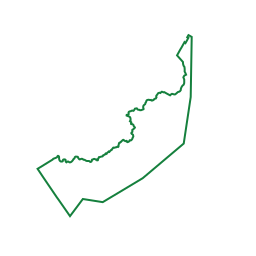 Nueva Palmira, Soriano, Uruguay (Robinson projection), rotated 332°
{"feature_id": "84410073B44651459787154", "entity_name": "Nueva Palmira", "entity_type": "district", "adm_level": 2, "iso_a3": "URY", "parent_name": "Uruguay", "parent_adm1": "Soriano", "projection": "robinson", "projection_center": [-58.359, -33.846], "detail": "fine", "context": "isolated", "style": "outline", "palette": "green", "viewbox_px": 256, "rotation_deg": 332, "n_neighbors": 0, "source": "geoboundaries", "source_scale": "gbopen_adm2", "svg_char_len": 4948}
<svg xmlns="http://www.w3.org/2000/svg" viewBox="0 0 256 256"><g transform="rotate(332 128 128)"><path d="M35.4,178.6L54.8,169.5L70.9,181.6L117.5,179.2L169.9,167.9L197.9,130.1L227.0,77.5L225.7,75.4L225.0,74.4L224.0,75.0L222.9,75.7L223.6,76.8L222.6,77.4L221.6,78.1L220.5,78.8L219.4,79.5L218.6,80.0L218.2,78.7L217.2,79.4L216.2,80.0L213.3,81.9L211.1,83.2L205.4,86.9L207.5,95.5L206.7,97.3L206.3,99.1L206.5,100.6L205.7,102.6L204.5,104.8L204.5,106.4L204.3,108.2L202.3,108.2L200.7,109.2L200.4,111.6L199.4,113.5L198.9,114.4L198.4,115.1L197.4,115.9L196.0,116.2L195.0,116.7L194.1,117.3L193.0,118.3L192.4,119.3L191.2,119.9L190.5,120.0L189.6,119.8L188.6,119.7L188.1,119.9L186.3,120.3L185.2,120.4L184.5,120.0L183.6,119.1L182.9,118.5L181.9,118.5L180.5,118.9L178.8,116.4L177.7,114.7L176.9,113.4L176.1,113.2L175.2,112.1L174.7,111.8L173.0,112.3L172.3,111.6L171.1,111.4L169.1,112.4L168.3,112.7L167.8,113.2L167.6,114.2L166.9,114.6L166.8,114.8L166.4,115.0L166.0,114.8L164.3,114.9L163.7,115.3L163.4,115.3L162.8,115.0L162.1,115.1L161.6,114.7L161.5,114.0L160.5,113.6L159.6,112.8L158.5,112.4L158.1,112.3L157.2,112.5L156.5,113.2L155.9,113.7L155.3,113.9L154.9,114.5L154.3,115.0L153.1,115.2L152.2,115.5L151.3,116.5L151.0,117.2L150.8,118.3L150.5,118.7L149.4,118.6L147.9,118.4L146.9,117.9L146.7,117.4L145.5,116.6L145.1,115.9L145.1,115.2L145.0,114.8L144.6,114.6L143.2,114.2L142.4,114.7L141.3,115.3L140.9,115.4L140.3,115.0L140.0,114.6L139.1,114.4L138.5,114.5L137.0,114.1L136.2,114.2L135.6,114.8L135.2,116.0L133.9,116.3L133.4,115.9L133.0,115.8L132.7,116.1L132.6,116.4L133.1,116.9L133.7,117.7L134.4,118.4L134.8,119.1L134.8,120.5L134.2,121.6L134.1,122.2L132.9,122.9L133.3,123.9L133.5,124.1L133.6,124.5L133.4,124.9L132.9,125.2L132.6,125.9L132.8,126.2L133.5,126.5L133.9,127.0L134.2,127.9L134.0,128.8L134.1,129.8L134.3,130.3L134.3,130.8L133.9,131.0L133.5,131.3L132.6,131.4L131.7,131.7L131.2,131.6L130.9,131.7L130.6,132.2L130.1,133.4L129.7,133.6L129.0,133.7L128.5,134.1L128.5,134.6L128.6,135.1L128.9,135.5L129.1,135.9L129.2,136.3L129.1,136.8L128.9,137.5L128.7,138.0L128.3,138.3L127.5,138.8L127.2,139.1L127.0,139.4L126.2,139.9L125.3,140.2L125.2,140.3L124.9,140.3L124.5,140.0L124.2,139.9L123.8,139.8L123.7,139.7L123.5,139.8L123.4,140.1L123.1,140.3L122.7,140.3L122.0,140.4L121.7,140.4L121.2,140.3L120.8,140.2L120.7,140.1L120.7,139.8L120.9,139.7L120.9,139.3L120.7,138.7L120.0,138.6L119.4,138.3L119.1,137.7L118.9,137.5L118.8,137.2L118.6,137.0L118.6,136.7L118.5,136.4L118.1,136.2L117.8,136.2L117.6,136.2L116.7,136.5L116.2,136.6L115.8,136.7L115.3,137.0L115.0,137.0L114.9,136.9L114.5,137.0L114.2,137.0L113.9,137.2L113.6,137.0L113.3,137.0L113.1,137.1L112.8,137.3L112.3,138.0L111.6,138.7L110.9,139.9L110.7,140.0L110.3,140.1L110.1,139.9L109.9,139.5L109.3,139.5L108.5,139.5L107.9,139.2L107.4,139.2L106.9,139.1L106.3,138.9L106.2,138.6L105.8,138.5L105.7,138.6L105.3,138.6L105.1,138.7L104.1,139.2L103.7,139.3L103.5,139.6L103.2,139.7L102.7,139.5L102.4,139.6L102.0,139.8L101.4,139.9L100.2,140.4L100.0,140.2L100.0,139.9L99.9,139.7L99.6,139.8L98.5,140.1L98.1,140.1L97.8,140.2L97.4,140.5L97.2,140.7L96.8,140.7L96.6,140.7L96.5,140.4L96.5,140.2L96.3,140.0L96.1,140.1L95.9,140.2L95.2,140.6L94.2,140.5L93.9,140.6L93.5,140.7L93.2,140.5L92.8,140.7L92.4,141.0L92.2,141.1L91.8,141.0L91.4,140.8L90.4,140.6L89.8,140.5L89.3,140.4L89.0,140.2L88.7,140.1L88.1,140.5L87.8,140.9L87.4,141.0L87.2,141.1L86.8,141.4L86.7,141.6L86.6,142.0L86.4,142.2L86.1,142.3L85.9,142.2L85.7,142.1L85.8,141.8L85.9,141.6L85.8,141.3L85.7,141.1L85.4,141.1L85.1,141.2L84.9,141.1L84.6,140.5L84.4,140.2L83.9,139.6L83.6,139.4L83.3,139.3L83.0,139.3L82.5,139.3L82.1,139.2L81.6,139.2L81.4,139.1L81.2,139.2L81.1,139.4L81.0,139.6L80.8,139.8L80.4,140.1L80.1,140.4L79.6,140.5L79.2,140.4L78.8,140.3L78.8,140.2L78.6,139.8L78.5,139.4L78.3,139.1L77.5,138.5L76.2,137.8L75.8,137.4L75.4,136.9L75.1,136.3L74.9,136.0L74.7,135.7L74.3,135.4L73.8,135.1L73.6,134.7L73.4,134.1L72.8,133.5L71.6,133.2L71.2,133.2L70.7,133.1L70.4,132.9L70.3,132.7L70.2,132.4L70.2,132.0L70.0,131.4L70.0,130.9L70.1,130.3L70.1,129.9L69.8,129.6L69.5,129.5L69.2,129.2L68.6,128.8L68.4,128.7L68.2,128.7L67.8,128.7L67.5,128.8L67.2,128.9L66.9,129.3L66.5,129.6L66.2,129.8L65.5,129.8L65.2,129.9L64.6,130.3L64.1,130.6L63.4,130.9L62.8,131.1L62.4,131.2L61.6,131.3L60.9,131.2L60.6,131.1L60.2,130.8L59.9,130.3L59.6,129.7L59.3,129.4L59.0,129.3L58.5,129.2L58.2,129.3L57.9,129.4L57.5,129.4L57.4,129.1L57.3,128.8L57.3,128.2L57.4,127.8L57.5,127.5L57.7,127.3L57.9,126.9L57.8,126.6L57.6,126.2L57.4,126.0L57.2,125.9L56.2,125.5L55.6,125.7L55.4,125.9L55.2,126.1L54.9,126.6L54.7,126.7L54.2,126.7L53.7,126.5L53.2,126.2L52.9,126.0L52.7,125.6L52.4,124.8L52.4,124.3L52.5,123.6L52.8,122.7L53.2,121.9L53.4,121.5L53.6,121.0L53.6,120.6L53.5,120.2L53.3,119.9L53.1,119.7L52.9,119.7L52.6,119.8L52.3,120.0L52.0,120.2L51.7,120.4L51.4,120.5L50.9,120.5L49.7,120.4L49.0,120.3L48.2,120.2L47.8,120.1L47.3,120.2L46.6,120.5L29.0,121.6L30.0,131.6L32.6,155.7L33.0,158.5L35.4,178.6Z" fill="none" stroke="#15803d" stroke-width="2"/></g></svg>